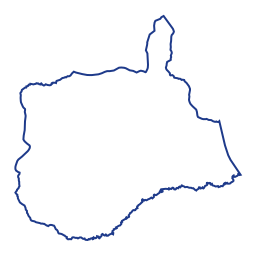 Sameakki Mean Chey, Kâmpóng Chhnang, Cambodia (Albers equal-area conic projection)
{"feature_id": "14789045B48917657678011", "entity_name": "Sameakki Mean Chey", "entity_type": "district", "adm_level": 2, "iso_a3": "KHM", "parent_name": "Cambodia", "parent_adm1": "Kâmpóng Chhnang", "projection": "albers", "projection_center": [104.566, 11.892], "detail": "fine", "context": "isolated", "style": "outline", "palette": "blue", "viewbox_px": 256, "rotation_deg": 0, "n_neighbors": 0, "source": "geoboundaries", "source_scale": "gbopen_adm2", "svg_char_len": 5792}
<svg xmlns="http://www.w3.org/2000/svg" viewBox="0 0 256 256"><path d="M163.6,16.0L161.4,17.2L160.3,18.8L155.4,20.8L154.6,22.5L154.1,25.7L154.5,30.8L149.7,34.5L147.2,42.4L147.3,43.1L147.1,44.9L145.9,50.3L147.4,53.4L148.0,64.8L147.8,67.6L147.5,68.8L146.0,71.9L145.4,72.2L143.5,71.3L140.9,70.7L139.5,71.1L136.6,72.5L133.2,70.9L129.7,70.3L125.9,68.3L124.3,67.8L121.3,67.5L119.0,67.7L113.9,70.5L110.0,71.1L107.2,71.1L104.7,71.9L101.9,73.2L98.5,74.3L91.6,75.1L87.2,75.0L82.3,74.1L75.8,72.5L73.8,71.7L72.1,73.3L70.4,75.6L69.0,76.3L67.6,76.2L66.0,77.4L65.3,77.1L63.8,77.8L62.4,78.0L60.1,79.8L56.6,80.9L56.4,81.3L56.0,83.0L55.2,82.7L53.5,82.8L53.1,82.6L52.3,82.9L52.2,83.6L51.6,83.5L51.1,84.8L49.9,85.3L47.6,85.0L45.7,84.3L44.5,85.3L43.8,85.5L42.4,84.7L41.3,83.4L40.7,83.7L40.5,84.5L39.1,84.2L38.4,83.5L37.2,83.6L36.8,83.2L36.1,83.4L35.6,83.9L34.3,84.1L33.6,84.4L30.3,83.8L30.1,84.6L28.8,84.7L28.4,85.6L28.1,85.9L27.6,85.8L26.8,86.6L26.4,86.5L26.2,87.5L25.2,87.5L21.9,89.9L21.5,91.6L20.5,92.8L20.4,93.7L20.8,94.9L20.6,97.9L20.8,101.1L21.0,102.4L22.9,106.7L23.5,107.6L25.0,109.0L25.1,109.9L24.8,111.9L25.6,115.4L25.6,116.6L25.0,121.3L24.7,130.1L23.7,135.6L23.4,139.4L24.2,140.8L25.2,141.9L27.2,143.7L29.5,145.4L29.9,146.3L29.8,147.7L29.6,148.3L28.9,149.6L27.9,151.0L22.1,156.5L18.4,159.5L17.3,161.0L15.8,165.3L15.4,167.0L15.4,169.0L16.0,170.5L18.1,172.0L19.6,172.6L19.5,173.9L18.3,175.5L18.1,176.1L18.2,177.3L18.8,178.5L18.8,180.1L19.0,181.3L19.2,181.7L19.2,184.1L19.5,186.2L18.7,187.4L18.5,188.3L17.1,189.6L16.9,190.6L16.1,191.5L15.4,192.6L15.9,193.4L17.4,194.9L17.2,195.9L17.8,196.5L17.9,198.3L19.9,202.4L22.1,204.1L24.5,205.5L25.5,207.8L25.8,209.7L26.9,210.8L27.0,212.9L27.6,213.5L28.5,215.8L30.2,217.9L30.6,219.5L31.2,220.4L32.0,220.8L34.7,221.4L35.7,222.1L36.3,222.3L39.9,223.1L40.9,223.6L42.8,223.6L43.4,223.9L44.3,223.9L46.6,225.5L47.0,225.5L48.2,226.1L49.4,225.2L50.4,224.9L51.9,225.0L53.1,225.5L53.9,225.6L54.5,226.4L55.8,229.2L56.9,229.9L57.5,230.6L58.4,233.0L58.9,233.5L60.9,233.8L62.5,234.4L63.6,235.2L64.6,235.5L65.4,236.4L66.9,237.1L66.7,238.3L68.1,239.3L69.4,239.1L71.3,239.2L72.3,237.5L72.9,237.3L73.6,237.3L75.6,237.9L77.0,237.8L77.6,238.3L78.2,238.3L79.6,237.5L81.0,237.4L83.2,238.9L84.6,238.5L85.2,239.6L85.6,239.8L87.5,240.0L88.2,239.7L88.6,239.1L89.7,239.4L90.1,238.8L90.6,238.5L91.3,238.5L92.4,238.0L92.6,238.4L92.5,238.8L92.7,239.2L93.4,239.0L93.4,238.1L93.7,237.4L94.4,237.9L95.1,237.9L95.6,238.2L96.1,238.0L96.4,237.6L96.8,237.5L97.1,237.1L97.1,236.2L98.6,236.6L98.9,237.1L99.1,238.2L99.5,238.3L100.3,237.1L101.1,236.5L101.5,235.9L101.6,234.7L102.4,234.0L103.4,234.6L103.6,235.0L104.7,235.5L105.5,235.0L105.9,234.5L106.4,234.9L106.4,235.6L106.9,235.8L108.2,235.6L109.5,234.5L111.1,233.9L112.0,233.0L112.5,233.3L112.7,234.1L113.1,234.3L113.3,233.0L112.4,232.1L112.5,231.0L113.6,230.3L113.8,229.7L113.8,229.2L116.2,228.5L116.7,228.2L116.1,227.3L117.2,226.8L118.7,225.8L120.1,225.4L121.4,223.8L121.0,222.6L121.3,222.1L121.7,221.9L122.1,221.9L122.0,220.9L125.0,219.1L126.3,218.8L126.7,218.4L126.1,217.6L126.4,217.2L127.0,217.6L128.8,217.1L129.1,216.6L128.7,215.3L129.6,214.2L130.2,212.9L131.2,212.6L132.7,210.5L133.5,210.1L134.6,210.3L135.3,210.1L135.4,209.6L135.9,209.0L137.5,208.1L137.0,207.2L137.2,206.4L138.0,205.9L138.5,205.0L139.4,204.6L141.0,203.2L141.3,202.7L142.2,202.2L142.4,201.9L142.0,200.6L142.1,199.6L142.6,199.3L144.0,200.6L144.5,200.1L145.2,199.9L146.3,200.3L146.9,200.1L147.8,199.5L149.7,198.7L151.3,197.6L152.4,198.4L153.9,197.0L153.8,195.2L154.0,194.8L154.4,194.6L155.6,195.1L156.2,195.1L156.7,194.8L158.1,193.7L159.5,192.8L159.8,191.4L160.1,191.1L160.6,191.2L160.7,191.8L161.5,192.1L162.5,191.7L162.7,191.1L162.4,190.7L160.8,190.2L160.8,189.6L161.1,189.3L165.7,188.8L168.1,189.0L168.9,189.5L169.4,189.1L169.3,188.4L171.1,189.0L171.5,188.9L172.3,187.8L172.8,187.7L173.4,187.9L174.2,189.3L175.2,189.5L175.8,189.2L176.5,188.1L177.0,187.9L178.1,188.3L178.9,187.0L179.5,186.7L179.9,187.3L180.3,187.4L181.7,185.4L182.3,185.6L182.6,186.1L183.8,186.3L185.0,187.2L187.1,186.9L189.1,187.7L191.3,187.8L192.2,188.3L193.3,188.2L195.1,189.9L196.3,190.5L196.6,190.0L198.3,188.9L198.6,188.4L199.0,187.3L199.8,187.3L200.4,188.5L201.8,188.1L202.5,187.4L203.3,188.4L203.8,188.1L205.2,185.8L206.6,185.3L207.1,184.9L207.4,184.2L206.8,183.3L206.9,182.9L207.4,182.8L208.7,183.2L209.7,182.9L210.3,183.1L210.4,184.2L210.9,184.6L212.0,184.0L212.3,185.1L212.8,185.5L213.9,185.7L215.7,186.5L218.0,186.1L218.5,187.1L220.2,186.6L221.0,186.0L222.7,186.2L223.3,185.1L224.3,184.6L224.0,183.7L224.7,183.1L225.1,182.9L225.4,183.7L225.8,183.8L226.2,183.6L226.5,183.0L227.1,182.8L227.8,183.7L229.1,183.7L230.4,183.3L230.9,182.6L231.6,182.1L232.5,181.8L233.5,180.8L233.3,179.6L232.3,178.1L232.6,177.6L232.4,176.8L232.6,176.4L233.1,175.8L233.6,175.5L233.8,176.8L234.2,176.9L234.7,176.6L235.2,176.8L237.3,175.8L237.6,175.6L237.9,175.1L238.3,175.0L238.3,174.0L239.1,174.1L239.8,175.0L240.6,174.8L230.6,160.0L228.2,155.2L225.0,145.4L219.3,121.2L218.5,122.0L216.7,121.8L216.3,121.5L215.6,121.8L214.9,121.8L213.2,121.3L211.2,120.1L208.6,119.9L206.6,118.9L205.8,119.1L203.1,119.1L201.9,118.8L198.1,117.1L197.7,116.4L197.4,115.5L196.9,111.8L196.2,109.6L192.6,106.3L190.6,104.1L189.8,102.6L189.2,100.8L189.0,99.7L189.4,96.5L189.1,94.8L190.0,90.1L190.0,88.9L189.0,86.3L186.6,83.0L184.9,81.5L184.5,81.0L184.2,80.0L182.7,79.7L181.5,79.9L180.9,79.2L179.9,78.7L178.4,78.8L177.9,78.3L174.3,77.7L173.6,76.0L172.4,75.1L170.7,75.4L170.2,75.2L169.9,74.5L169.9,73.3L168.5,71.6L166.8,69.9L166.2,68.9L165.9,67.6L166.6,65.3L166.7,63.7L167.2,61.9L170.7,60.0L170.8,59.3L170.7,58.4L171.2,57.0L170.8,55.7L171.8,53.0L171.6,51.9L171.1,50.7L170.5,49.9L170.8,47.1L170.6,44.1L171.1,41.1L171.3,36.6L171.7,35.1L173.1,33.5L173.9,31.7L173.7,30.9L173.0,29.0L172.2,27.8L163.6,16.0Z" fill="none" stroke="#1e3a8a" stroke-width="2"/></svg>